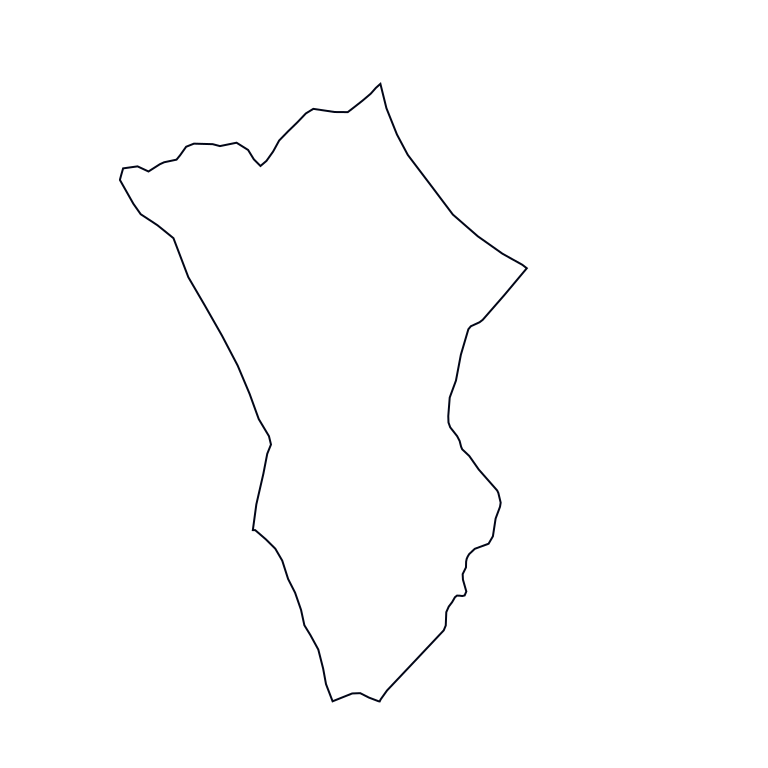 SVG path tracing the border of Ghadamis, rotated 159°
{"feature_id": "LBY-2882", "entity_name": "Ghadamis", "entity_type": "Municipality", "adm_level": 1, "iso_a3": "LBY", "parent_name": "Libya", "parent_adm1": "", "projection": "mercator", "projection_center": [10.859, 30.473], "detail": "fine", "context": "isolated", "style": "outline", "palette": "ink", "viewbox_px": 768, "rotation_deg": 159, "n_neighbors": 0, "source": "natural_earth", "source_scale": "10m", "svg_char_len": 1649}
<svg xmlns="http://www.w3.org/2000/svg" viewBox="0 0 768 768"><g transform="rotate(159 384 384)"><path d="M391.7,160.3L394.2,159.5L398.6,155.9L403.3,153.0L407.6,148.7L412.9,136.4L416.5,132.6L456.8,113.2L491.0,96.8L500.2,90.7L501.8,89.2L502.8,89.8L510.5,96.7L517.0,103.9L524.6,106.5L545.7,106.2L545.7,124.6L542.8,140.1L540.5,159.6L542.7,176.0L544.8,187.3L542.4,202.8L541.8,221.0L543.4,236.3L542.3,255.6L544.5,269.2L550.0,281.4L556.6,293.7L558.8,294.6L546.3,317.4L528.8,343.4L518.0,360.7L511.2,368.0L510.1,376.5L513.5,396.1L513.0,422.8L514.0,453.6L517.9,487.1L523.2,521.9L528.4,553.8L528.3,595.6L538.6,613.4L550.3,629.7L553.4,642.1L557.4,669.0L557.2,669.5L554.8,672.8L550.3,678.8L536.1,675.5L527.7,666.8L514.5,669.5L509.8,669.8L497.3,667.8L492.4,670.6L483.7,676.4L475.3,676.5L458.0,669.3L451.9,664.9L435.2,662.1L427.0,651.2L425.0,640.4L421.2,631.8L413.8,634.4L404.3,640.7L401.9,642.7L394.6,648.9L382.9,654.3L371.2,659.3L360.0,664.6L351.4,666.2L332.6,655.6L320.4,650.8L314.3,652.6L302.6,656.2L292.3,659.8L285.4,663.4L279.8,665.5L282.9,640.6L282.5,612.3L279.7,589.4L269.3,553.5L259.0,517.5L243.5,488.3L226.8,463.3L220.0,455.1L212.2,445.8L209.2,440.9L239.6,424.0L268.9,408.5L272.7,407.4L282.2,406.8L285.6,404.9L301.8,383.7L315.6,361.4L327.5,347.8L335.5,331.0L337.6,324.9L337.7,319.8L334.4,309.1L333.8,303.7L334.5,297.8L334.4,295.0L330.2,286.3L326.2,270.2L316.5,244.0L316.3,241.3L317.6,231.4L319.7,227.8L328.0,218.4L336.9,202.8L343.6,197.4L358.3,197.6L365.4,194.7L367.6,193.0L369.5,191.1L371.0,188.7L373.2,183.4L378.7,178.3L380.4,173.1L381.5,160.8L384.5,157.7L386.9,158.0L389.3,159.3L391.7,160.3Z" fill="none" stroke="#020617" stroke-width="2"/></g></svg>